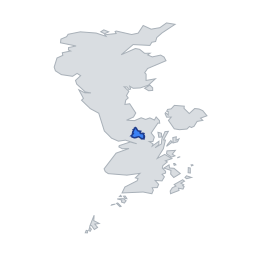 South Lanarkshire on a map of United Kingdom (Natural Earth projection), rotated 184°
{"feature_id": "GBR-2010", "entity_name": "South Lanarkshire", "entity_type": "Unitary District", "adm_level": 1, "iso_a3": "GBR", "parent_name": "United Kingdom", "parent_adm1": "", "projection": "natural_earth1", "projection_center": [-3.869, 55.56], "detail": "fine", "context": "in_parent", "style": "filled", "palette": "blue", "viewbox_px": 256, "rotation_deg": 184, "n_neighbors": 0, "source": "natural_earth", "source_scale": "10m", "svg_char_len": 4805}
<svg xmlns="http://www.w3.org/2000/svg" viewBox="0 0 256 256"><g transform="rotate(184 128 128)"><path d="M139.9,200.6L126.2,207.8L121.9,207.3L116.7,203.7L111.2,204.1L113.5,202.3L108.8,200.6L100.5,203.0L97.0,201.3L94.8,197.8L112.6,188.7L115.2,184.3L113.7,183.0L113.3,176.7L104.1,179.0L110.7,172.1L118.7,168.8L125.6,168.0L129.2,169.8L128.1,167.0L129.7,166.4L132.0,168.9L134.7,168.8L129.7,164.7L131.8,160.2L129.9,158.0L132.2,155.6L132.7,151.3L128.0,152.3L121.3,143.5L123.3,139.3L130.0,135.7L122.0,135.8L115.6,139.1L111.0,137.8L106.9,139.6L102.2,137.8L100.7,141.0L97.2,137.6L96.7,135.0L98.5,135.0L104.5,124.7L101.1,120.8L102.2,116.2L105.9,116.0L101.9,113.8L102.6,111.6L96.2,117.0L96.1,113.5L99.6,110.2L93.6,114.4L93.5,119.4L90.8,127.0L87.5,127.5L91.7,118.7L89.8,118.5L91.3,109.8L96.7,99.7L89.5,104.2L82.1,100.5L88.4,97.9L86.4,96.9L90.6,92.9L91.0,90.4L87.5,87.5L87.4,85.7L90.8,84.2L88.3,81.8L90.4,77.6L97.3,77.6L93.5,73.9L94.6,70.6L99.7,70.1L98.4,67.7L99.6,64.1L108.4,65.2L129.4,62.8L127.0,68.9L115.2,76.0L114.5,78.2L117.2,78.8L112.9,83.6L125.8,80.9L144.5,81.1L147.6,82.9L149.0,85.6L138.1,102.1L125.6,107.6L132.2,106.9L135.8,108.5L135.5,109.8L124.8,114.2L118.2,112.9L129.7,115.7L136.7,114.2L143.7,116.7L151.4,123.4L158.2,140.7L167.0,144.7L176.3,152.5L174.5,154.4L179.7,162.7L173.6,160.1L167.4,160.4L173.2,161.0L182.2,168.2L183.7,171.8L178.9,176.9L182.6,178.9L186.9,175.7L198.2,176.6L204.4,180.0L205.9,183.6L203.7,192.9L198.1,195.9L198.8,198.5L190.6,200.8L192.9,201.7L192.9,204.1L185.5,206.2L201.3,208.3L201.1,212.0L195.6,214.8L194.3,217.3L182.3,220.6L166.4,220.5L156.3,217.9L157.6,219.4L146.4,221.4L147.6,223.4L146.4,223.9L130.9,221.5L124.5,223.3L120.0,231.3L111.8,228.2L103.2,230.3L96.9,235.5L88.3,234.7L100.6,225.3L105.6,220.3L106.5,216.2L110.2,215.2L111.9,211.9L128.7,211.6L139.9,200.6ZM83.3,153.8L73.4,153.7L73.5,151.5L67.9,146.7L62.8,152.1L58.4,151.9L54.6,150.5L50.1,145.7L56.3,142.9L53.9,140.8L59.5,139.4L62.3,134.2L64.8,132.9L66.7,133.8L69.1,131.1L76.5,129.9L81.8,130.4L88.2,138.4L85.6,141.9L90.2,141.5L92.0,144.8L91.7,146.0L88.8,143.8L89.0,147.2L90.6,147.4L89.8,149.3L86.3,150.1L83.3,153.8ZM81.5,68.1L79.6,71.5L76.1,73.4L78.0,74.8L69.8,80.2L67.9,78.9L71.4,76.7L68.4,75.2L69.5,74.3L67.9,73.4L68.9,70.9L73.5,71.5L72.7,69.3L81.0,65.4L81.5,68.1ZM82.2,85.0L82.2,88.7L89.4,90.5L84.5,94.1L83.8,91.0L79.3,91.0L72.7,86.2L78.9,81.8L82.2,85.0ZM154.5,24.4L157.6,28.1L159.2,27.6L155.7,38.6L155.7,33.2L150.1,30.7L154.4,29.8L151.4,26.7L154.5,24.4ZM87.5,107.9L79.2,109.0L82.0,105.0L79.2,103.5L82.6,102.0L87.8,105.0L87.5,107.9ZM110.0,166.6L114.2,168.8L109.1,172.3L106.2,169.8L106.0,167.2L110.0,166.6ZM82.0,116.2L82.6,121.6L79.2,122.6L79.3,119.2L76.3,120.8L77.6,117.7L82.0,116.2ZM129.4,53.7L129.1,55.6L133.8,56.5L127.7,57.2L124.8,55.3L126.4,52.9L129.4,53.7ZM97.8,125.8L94.3,125.1L93.7,121.4L96.6,120.9L97.8,125.8ZM161.9,222.1L159.0,224.2L154.0,222.6L157.9,220.4L161.9,222.1ZM84.4,118.5L82.9,116.9L88.3,112.4L87.2,114.7L84.4,118.5ZM66.0,81.5L67.7,82.6L66.3,84.4L61.2,83.1L66.0,81.5ZM65.1,92.7L63.1,92.4L62.7,87.4L64.9,87.6L65.1,92.7ZM159.3,26.3L157.5,24.5L158.5,22.3L160.0,23.0L159.3,26.3ZM134.2,52.0L133.0,52.5L129.4,49.4L130.5,48.9L134.2,52.0ZM127.7,59.7L126.0,59.9L124.2,57.4L126.1,57.5L127.7,59.7ZM163.3,20.5L162.5,23.0L161.1,22.7L161.1,20.6L163.3,20.5ZM138.8,50.4L135.3,51.2L139.1,49.9L138.8,50.4ZM80.0,95.7L78.9,95.9L77.6,94.6L79.3,94.0L80.0,95.7ZM131.8,59.0L130.6,60.4L129.7,59.1L131.8,59.0ZM76.0,102.3L73.9,103.0L76.7,101.6L76.0,102.3ZM62.5,95.6L61.1,95.9L60.5,95.5L61.9,94.6L62.5,95.6Z" fill="#d9dde1" stroke="#a8b0b8" stroke-width="1"/><path d="M115.6,125.7L115.3,125.5L115.2,125.5L115.4,125.2L115.5,124.6L115.6,124.3L115.6,124.0L115.4,123.7L115.1,123.4L114.8,123.3L114.5,123.3L114.2,123.5L113.5,123.7L112.6,123.7L112.2,123.7L111.9,123.7L111.7,123.6L111.8,123.3L112.1,123.0L112.3,122.8L112.3,122.6L112.2,122.4L111.9,122.2L111.6,121.9L111.2,121.4L111.1,121.0L111.3,121.0L111.5,121.0L111.5,120.7L111.6,120.4L111.5,120.1L111.3,119.9L111.1,119.8L111.0,119.5L111.2,119.3L111.3,119.1L111.3,118.9L111.5,119.1L111.8,119.1L112.0,118.9L112.1,118.6L111.9,118.4L112.0,118.2L112.6,118.2L113.3,118.3L113.7,118.2L113.7,118.3L114.0,118.5L115.3,119.3L116.1,119.8L116.6,120.1L116.8,120.1L117.4,119.9L118.4,119.5L119.1,119.1L119.3,119.2L119.5,119.0L119.8,118.9L121.0,118.7L121.3,118.7L121.7,119.0L122.4,119.1L123.4,119.4L123.4,119.6L123.7,120.1L123.7,120.4L123.9,120.5L124.3,120.5L123.1,121.8L123.0,122.0L123.1,122.5L122.5,122.6L122.3,122.8L122.7,123.2L122.7,123.4L122.9,123.6L123.0,123.7L122.9,123.9L123.0,124.5L122.5,124.9L122.5,125.2L122.2,126.0L122.7,126.6L121.7,127.1L121.7,127.5L121.6,127.8L121.6,128.2L121.1,128.4L121.0,128.5L120.9,128.9L120.5,129.0L120.1,128.6L119.6,128.3L119.5,128.1L119.5,127.5L119.0,127.3L118.6,126.6L117.7,125.8L116.9,125.7L115.6,125.7Z" fill="#3b82f6" stroke="#1e3a8a" stroke-width="1.5"/></g></svg>